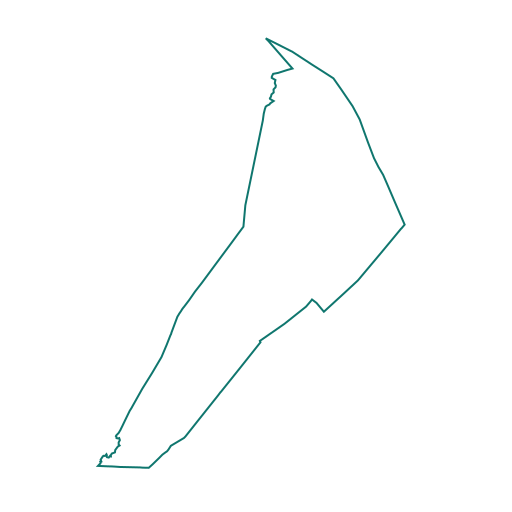 San Andrés Nuxiño, Oaxaca, Mexico, rotated 93°
{"feature_id": "50627088B2434012555400", "entity_name": "San Andrés Nuxiño", "entity_type": "district", "adm_level": 2, "iso_a3": "MEX", "parent_name": "Mexico", "parent_adm1": "Oaxaca", "projection": "orthographic", "projection_center": [-97.045, 17.229], "detail": "fine", "context": "isolated", "style": "outline", "palette": "teal", "viewbox_px": 512, "rotation_deg": 93, "n_neighbors": 0, "source": "geoboundaries", "source_scale": "gbopen_adm2", "svg_char_len": 2151}
<svg xmlns="http://www.w3.org/2000/svg" viewBox="0 0 512 512"><g transform="rotate(93 256 256)"><path d="M216.9,109.2L216.1,109.6L195.0,120.1L177.7,128.6L168.3,133.3L160.8,138.3L152.1,143.3L136.5,150.2L114.2,159.6L101.3,167.4L85.1,179.7L74.5,188.0L68.7,198.1L61.7,210.5L56.7,219.1L49.9,230.8L49.5,231.9L45.0,242.0L38.7,256.3L38.1,257.6L39.1,256.6L40.1,255.4L46.7,249.0L56.2,239.8L66.9,229.4L68.6,234.5L72.0,243.5L73.2,248.4L76.0,249.6L77.3,249.6L79.2,245.8L82.3,246.3L84.8,245.1L86.5,245.3L88.7,247.2L91.8,246.9L93.8,249.0L96.1,249.4L97.8,250.4L98.5,250.1L100.3,246.5L102.9,249.9L103.9,250.4L105.3,252.9L106.3,254.1L108.7,254.8L113.4,255.7L120.5,256.3L205.9,269.3L227.4,270.1L235.5,275.5L237.2,276.6L243.3,280.6L267.4,296.6L285.4,308.5L294.7,315.0L303.6,320.5L310.8,325.4L311.1,325.7L312.8,326.8L313.3,327.2L313.7,327.3L315.1,328.1L315.9,328.6L316.3,328.8L317.5,329.6L318.9,330.3L320.7,331.3L330.2,334.3L337.2,336.5L337.4,336.5L338.6,336.8L338.8,336.9L339.6,337.3L349.5,340.6L353.9,342.2L361.9,345.1L378.2,353.6L394.5,362.6L411.7,371.1L413.1,371.8L413.8,372.1L417.2,374.0L427.1,378.2L433.1,380.7L436.3,382.1L436.5,382.1L437.8,382.8L439.9,383.9L442.4,386.1L443.3,386.5L444.2,385.8L445.1,385.8L445.3,385.3L445.4,384.1L445.0,383.1L447.0,382.3L449.3,383.4L451.3,383.3L452.4,382.3L453.5,384.0L457.1,386.4L459.5,386.6L460.8,389.6L462.5,390.6L463.8,390.4L463.8,391.0L463.4,391.4L465.0,392.5L464.7,394.3L463.5,395.1L462.7,394.5L461.8,395.0L463.3,396.1L463.6,396.8L463.5,397.8L464.3,398.7L465.0,398.9L465.8,399.5L467.6,400.5L469.3,399.7L469.6,400.7L470.6,400.3L470.9,400.4L471.5,400.7L472.2,401.4L472.7,401.8L473.9,402.8L473.8,392.6L473.7,389.8L473.7,386.5L473.8,380.8L473.2,360.8L473.3,357.9L473.1,352.0L469.5,348.4L462.6,342.0L459.3,339.1L456.8,336.1L455.7,334.6L453.9,333.3L450.0,331.1L441.5,318.4L439.9,317.0L424.7,306.2L397.1,286.5L393.8,284.3L393.6,284.0L369.1,266.4L341.9,247.0L340.6,247.7L322.3,224.1L304.6,204.1L304.4,203.9L304.0,203.4L298.3,199.0L296.5,197.8L299.7,193.1L308.1,185.3L307.4,184.6L288.8,166.3L275.1,153.0L262.9,143.8L247.8,132.4L232.4,120.9L221.2,112.6L221.0,112.3L216.9,109.2Z" fill="none" stroke="#0f766e" stroke-width="2"/></g></svg>